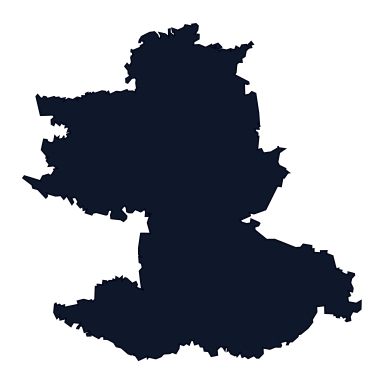 the district of Soledad de Doblado, Veracruz, Mexico
{"feature_id": "50627088B9477329295961", "entity_name": "Soledad de Doblado", "entity_type": "district", "adm_level": 2, "iso_a3": "MEX", "parent_name": "Mexico", "parent_adm1": "Veracruz", "projection": "mercator", "projection_center": [-96.46, 19.061], "detail": "fine", "context": "isolated", "style": "filled", "palette": "ink", "viewbox_px": 384, "rotation_deg": 0, "n_neighbors": 0, "source": "geoboundaries", "source_scale": "gbopen_adm2", "svg_char_len": 5828}
<svg xmlns="http://www.w3.org/2000/svg" viewBox="0 0 384 384"><path d="M78.6,328.7L79.7,326.0L82.5,326.0L84.4,332.3L89.3,331.0L89.6,332.4L86.5,333.9L87.2,335.9L90.8,335.8L91.0,334.2L98.8,338.4L100.8,336.5L103.9,336.4L104.0,339.1L107.5,339.2L113.8,342.5L116.3,346.5L121.3,347.7L128.2,353.7L131.2,354.8L134.3,354.0L133.9,355.2L135.7,355.8L138.6,360.2L147.3,356.3L147.5,358.4L148.8,357.0L155.8,358.6L161.0,356.6L163.6,353.8L169.9,353.4L172.1,352.1L175.9,353.5L178.8,348.5L179.3,343.9L183.7,345.4L186.4,343.2L189.1,345.0L191.2,340.0L193.4,340.6L194.7,344.7L199.0,343.4L200.4,346.7L203.6,347.0L204.4,351.0L208.4,351.3L211.3,356.3L217.4,355.1L216.9,349.8L220.6,346.4L222.9,347.2L224.9,350.4L225.5,346.7L227.6,348.1L227.3,351.1L228.9,350.3L230.8,353.7L234.9,355.6L236.7,354.9L237.1,356.4L240.4,352.4L242.2,357.3L244.9,356.0L248.1,358.4L254.1,355.5L256.6,357.9L258.8,358.0L263.1,353.6L262.8,347.8L269.9,349.1L275.2,346.9L280.6,347.0L281.4,345.6L280.3,342.5L286.5,340.9L287.5,342.7L286.7,344.6L288.0,344.7L289.5,341.7L292.3,341.6L297.8,336.7L298.4,334.3L300.6,334.1L308.0,328.0L312.6,322.1L312.1,319.6L316.7,312.0L316.4,306.5L324.9,305.5L325.0,313.2L334.1,313.7L334.1,315.4L335.8,315.0L336.6,317.3L339.3,317.6L339.0,315.9L342.0,315.9L343.5,317.8L345.7,316.6L346.9,319.0L345.5,320.7L346.6,321.5L350.6,320.4L350.0,316.6L352.7,311.4L357.0,312.2L360.8,309.2L361.0,300.7L356.4,303.4L348.3,302.0L347.5,296.9L350.3,295.6L348.4,290.7L352.4,291.8L352.9,288.2L350.5,282.9L351.5,278.4L354.5,275.2L354.2,273.7L348.2,272.1L348.1,274.6L345.7,274.4L341.4,272.3L341.8,270.4L338.2,269.6L338.6,268.4L336.0,269.0L332.7,255.9L326.5,253.6L326.9,250.8L320.7,250.9L320.7,253.0L313.8,252.5L313.9,248.8L311.6,249.2L311.6,245.7L303.2,244.3L300.8,247.4L295.7,247.8L274.7,239.5L266.6,239.6L254.9,230.1L254.5,226.9L258.5,225.7L259.7,223.3L258.9,222.6L251.1,219.1L250.6,223.2L246.6,223.8L241.6,222.3L240.0,220.2L250.2,215.7L249.5,212.7L254.1,213.7L265.6,209.6L277.4,185.9L281.1,186.5L282.7,178.0L284.3,177.9L287.7,172.9L289.1,172.7L285.2,169.8L285.6,168.6L279.2,165.5L277.6,162.0L279.4,152.6L285.0,148.8L278.9,148.0L278.0,146.2L278.0,148.0L271.1,152.1L263.5,153.1L261.4,148.8L257.4,149.8L258.7,136.4L257.5,136.3L257.8,133.2L256.2,132.6L257.4,131.9L255.8,132.2L254.8,128.8L259.0,129.1L258.5,126.9L259.8,126.1L258.3,123.9L259.3,124.1L258.5,112.7L255.6,93.5L251.8,91.8L249.3,94.3L244.6,95.4L244.2,83.4L247.4,84.3L248.9,83.8L248.5,82.0L234.4,74.7L235.9,72.5L236.6,64.4L238.6,62.2L242.1,62.2L241.5,58.4L244.9,56.4L246.0,50.7L248.7,48.1L251.6,47.4L250.5,45.0L253.2,44.3L251.2,41.7L247.0,45.9L246.4,44.6L241.8,45.1L240.1,48.6L236.1,46.3L234.7,49.9L231.0,49.1L230.3,52.3L230.5,48.9L226.5,50.2L221.3,49.1L219.4,51.1L218.5,49.0L221.6,47.1L218.0,43.4L212.1,45.7L216.1,47.1L216.0,48.5L211.6,47.3L211.4,44.6L205.7,47.5L199.3,44.8L193.4,45.1L193.8,41.7L198.9,38.9L199.0,34.5L195.0,34.1L197.6,30.0L198.1,25.9L196.0,23.8L191.9,24.4L192.2,26.2L185.2,24.9L183.8,27.6L177.7,30.3L172.0,28.3L172.7,32.1L174.3,32.3L174.6,35.1L173.9,36.0L169.9,32.6L170.1,29.0L168.6,29.3L168.8,37.1L165.3,34.1L159.2,32.7L160.9,35.6L160.3,38.3L158.7,38.5L157.5,35.1L154.5,31.9L149.6,32.6L141.6,36.6L139.4,40.2L139.0,42.4L140.2,42.4L140.1,40.8L143.8,41.1L144.0,43.7L140.5,45.9L140.5,47.4L133.0,50.5L132.2,50.4L131.6,49.6L131.4,49.6L131.1,51.7L132.9,52.8L132.6,56.1L131.4,56.0L130.9,57.7L131.7,62.1L130.2,65.0L128.6,65.2L127.1,63.5L124.9,66.4L128.2,70.4L128.4,73.8L130.0,74.6L129.0,76.8L125.9,78.6L126.1,82.4L127.7,83.0L131.6,78.2L134.8,77.6L136.5,79.5L135.9,82.9L136.6,87.5L137.7,87.7L135.5,89.7L135.4,92.5L132.6,91.1L128.1,91.3L127.0,89.8L121.0,92.0L116.3,91.5L109.6,94.6L108.5,91.4L106.1,93.2L105.5,91.5L102.0,91.0L94.8,93.4L93.2,92.3L91.1,94.0L90.1,92.7L87.6,94.2L87.7,92.6L85.6,93.6L85.8,96.0L82.0,95.8L81.9,98.4L78.7,97.5L77.4,99.9L77.0,97.3L72.9,99.8L68.5,98.5L63.8,101.3L65.0,98.0L60.6,98.8L58.8,97.2L55.7,97.8L54.2,96.7L47.0,98.7L46.3,97.1L43.7,96.5L42.5,98.4L40.6,98.2L37.7,94.7L36.2,96.5L40.6,115.3L52.8,114.9L54.6,117.1L51.3,119.8L51.5,124.2L53.7,125.4L55.2,121.8L59.7,125.5L61.4,122.5L63.4,124.4L65.8,124.1L65.1,127.5L67.5,126.7L68.8,128.0L67.4,131.9L69.7,131.4L70.7,132.7L66.8,134.4L68.0,137.1L64.0,139.4L63.9,135.8L62.5,138.6L59.8,139.2L58.1,138.8L58.7,136.7L56.8,138.1L54.9,135.9L53.8,141.8L51.2,143.0L47.6,141.7L47.0,139.8L43.8,139.3L41.5,149.8L46.5,155.8L46.1,157.9L47.9,157.4L46.5,160.8L49.3,164.2L48.4,166.3L53.6,165.7L57.0,168.3L53.8,169.3L54.4,170.4L51.7,174.7L50.0,175.7L48.5,174.3L42.7,176.1L40.3,180.9L24.4,176.0L23.0,178.0L32.1,184.9L32.9,188.0L37.9,189.4L45.8,197.9L47.3,196.3L46.7,193.3L55.6,195.9L60.8,195.4L63.8,199.2L66.7,195.7L71.9,204.4L73.5,202.2L71.3,198.0L75.5,197.2L78.3,202.0L77.0,203.8L80.3,207.7L83.0,206.3L83.3,210.3L86.8,209.3L85.4,212.7L91.8,214.8L93.0,212.9L96.3,212.3L106.1,214.9L107.3,214.3L108.4,210.3L110.9,209.9L112.1,211.1L110.7,215.0L111.1,218.5L120.6,219.5L123.5,221.3L126.4,218.6L126.7,216.1L120.9,209.7L124.4,205.4L126.4,207.5L126.9,211.7L128.9,212.6L132.2,212.6L135.1,209.3L140.8,211.7L144.6,209.1L145.8,211.8L145.4,216.3L148.2,216.2L149.6,214.8L148.1,213.4L150.6,213.3L147.5,222.8L150.5,233.5L140.8,233.4L138.7,248.2L138.8,254.8L140.7,256.7L138.9,256.7L139.4,262.5L141.5,263.2L142.5,267.7L139.5,271.0L140.7,281.3L141.6,287.8L144.3,290.4L136.3,287.4L137.2,284.5L135.9,281.7L132.3,283.5L126.6,278.3L125.0,277.9L122.1,280.8L122.1,276.5L119.5,278.9L116.1,276.8L115.7,280.4L113.2,279.1L112.7,280.7L109.2,280.7L106.1,282.7L106.3,281.0L103.1,280.6L102.6,285.0L97.4,284.4L97.4,286.8L95.5,286.6L95.0,299.5L92.7,301.7L91.4,299.9L88.9,300.9L83.7,299.5L77.4,301.1L78.4,304.0L77.5,304.7L65.6,307.2L64.3,307.2L64.4,305.0L61.1,306.0L59.6,304.4L56.7,305.4L55.9,303.3L54.7,304.2L53.9,312.4L56.9,318.5L59.4,316.0L60.2,319.9L66.0,318.5L65.1,322.2L70.9,326.5L73.3,322.5L80.7,323.2L77.2,327.4L76.9,328.4L78.6,328.7Z" fill="#0f172a" stroke="#020617" stroke-width="1.5"/></svg>